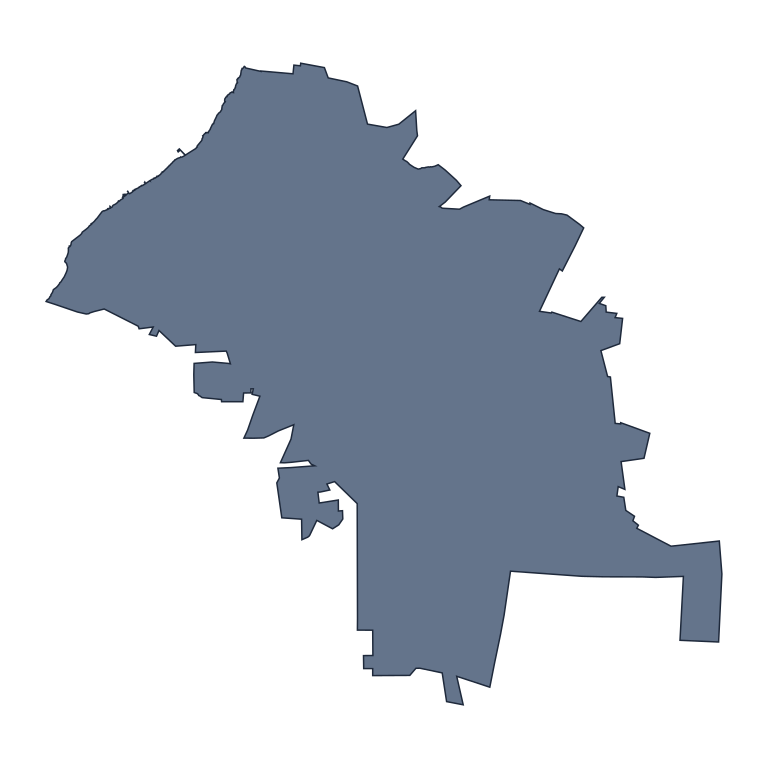 Campeche, Campeche, Mexico
{"feature_id": "50627088B29480766363328", "entity_name": "Campeche", "entity_type": "district", "adm_level": 2, "iso_a3": "MEX", "parent_name": "Mexico", "parent_adm1": "Campeche", "projection": "mercator", "projection_center": [-90.58, 19.715], "detail": "fine", "context": "isolated", "style": "filled", "palette": "slate", "viewbox_px": 768, "rotation_deg": 0, "n_neighbors": 0, "source": "geoboundaries", "source_scale": "gbopen_adm2", "svg_char_len": 5990}
<svg xmlns="http://www.w3.org/2000/svg" viewBox="0 0 768 768"><path d="M555.6,213.5L543.3,209.6L530.0,203.0L530.0,204.4L520.5,200.5L489.2,199.8L489.7,196.1L463.4,207.1L459.5,209.2L442.2,208.2L440.7,207.0L439.3,206.6L445.2,202.1L461.0,185.7L456.4,180.3L445.1,170.0L438.2,164.7L434.9,166.2L431.8,166.9L430.2,166.8L429.7,167.1L428.4,166.9L425.2,167.5L425.0,167.8L421.8,167.8L420.6,168.6L418.2,169.1L414.0,167.3L409.3,164.2L408.8,163.4L406.6,161.4L405.6,161.0L402.8,159.1L417.5,135.8L416.8,130.5L415.6,110.7L398.8,124.2L386.9,127.5L367.5,124.1L357.6,86.0L346.8,81.8L328.2,77.9L324.4,67.6L300.7,63.2L300.4,65.8L293.9,65.1L293.0,73.8L260.8,71.0L260.9,71.4L245.8,68.0L244.8,66.6L244.3,66.4L242.9,68.3L242.3,68.7L242.0,68.6L241.8,69.8L241.3,70.2L240.6,75.1L240.1,75.8L239.8,76.9L238.1,78.2L238.1,78.6L237.7,78.6L236.9,79.8L237.2,81.4L237.0,82.3L237.5,82.8L236.3,84.0L235.5,86.2L235.5,87.3L235.1,87.7L234.9,88.7L233.8,89.7L233.8,90.6L233.5,90.9L233.3,91.5L233.5,92.6L232.8,92.5L232.4,92.0L231.7,92.0L231.3,92.5L230.4,92.7L230.0,93.0L229.6,93.9L228.2,94.6L228.1,94.9L227.4,95.4L226.9,96.1L227.1,96.6L225.8,97.2L225.3,98.3L225.0,98.5L224.6,100.2L224.8,101.3L225.3,101.7L225.1,102.0L224.5,102.2L224.3,102.8L223.5,103.7L223.0,104.9L222.3,105.5L221.8,108.5L221.9,109.0L221.6,109.8L220.2,112.0L218.6,113.2L217.7,114.5L217.0,115.2L216.4,116.8L214.4,120.9L213.7,123.5L213.2,123.5L212.8,124.3L212.4,124.4L210.3,128.8L210.3,129.3L209.1,130.8L208.2,132.7L207.7,132.4L206.9,132.8L206.3,132.5L205.7,132.6L205.6,133.2L205.2,133.3L204.0,134.4L203.4,135.3L202.7,135.8L203.0,136.4L202.7,137.9L202.2,138.4L201.8,140.4L197.3,145.8L197.0,146.7L197.2,147.0L196.6,147.4L195.8,148.5L185.3,155.1L179.3,148.9L177.4,150.7L177.1,151.1L179.0,149.2L179.7,150.0L178.1,151.6L177.5,151.2L178.2,151.9L180.3,150.0L185.2,155.3L183.1,156.5L182.0,157.0L181.1,157.2L180.8,157.0L180.7,157.3L177.5,158.4L175.1,159.9L174.8,159.9L174.5,160.5L172.8,162.0L172.0,163.1L171.3,163.6L169.8,165.3L169.2,165.5L168.9,166.2L168.0,167.1L167.5,167.3L167.2,167.9L166.2,168.9L165.5,169.3L165.0,170.0L164.3,170.8L163.7,171.1L163.4,171.7L162.8,172.0L162.1,171.8L161.9,172.0L162.1,171.9L162.6,172.0L162.5,172.4L161.3,173.1L160.8,174.1L158.7,175.8L158.6,175.7L157.4,176.5L157.0,176.2L156.9,176.3L157.3,176.6L156.6,176.8L156.6,177.1L155.6,177.8L154.9,178.1L154.8,177.9L154.5,178.1L154.6,178.3L153.5,178.7L153.4,178.6L153.2,179.1L152.0,179.4L149.8,180.7L149.6,180.5L149.8,180.9L149.6,180.8L145.9,183.4L145.5,183.3L144.8,182.1L144.7,182.3L144.9,182.3L145.4,183.4L145.0,183.4L145.1,183.9L142.8,185.4L142.4,185.5L142.0,185.3L141.2,185.8L141.3,186.0L140.0,186.6L139.0,187.2L139.1,187.4L138.9,187.5L137.7,188.2L136.5,188.8L136.3,188.7L135.9,188.9L135.1,189.9L134.7,190.1L134.5,189.9L134.4,190.4L133.4,190.6L132.7,190.0L133.2,190.7L132.9,191.0L133.1,191.2L132.2,192.1L129.9,193.6L129.4,193.7L129.1,193.5L127.7,191.2L127.2,190.9L128.7,193.0L127.0,194.0L125.8,195.0L125.2,194.2L123.2,194.5L123.3,194.8L125.2,194.3L125.8,195.3L124.5,196.2L123.9,195.3L123.1,195.8L122.8,196.2L123.3,197.2L122.5,197.7L123.0,198.5L121.7,199.2L121.4,199.1L121.5,199.2L121.1,199.6L120.4,200.1L119.4,201.1L118.6,201.5L118.3,201.0L118.0,201.2L118.3,201.1L118.4,201.6L118.0,201.8L117.5,202.5L115.5,204.1L113.2,205.2L112.5,206.0L112.4,206.7L111.5,207.4L110.5,207.8L110.3,206.6L110.1,206.4L109.7,206.6L110.1,206.5L110.3,206.7L110.3,208.2L110.1,208.2L110.1,206.8L110.0,206.7L110.0,208.1L108.5,208.9L108.1,208.5L107.9,208.6L108.3,209.0L108.2,209.2L104.2,210.9L103.6,210.8L102.9,211.1L102.7,210.7L102.7,211.2L102.1,211.6L100.7,213.4L97.1,218.2L95.8,219.5L94.3,221.4L92.5,223.0L92.0,223.2L91.7,224.0L91.1,223.9L91.1,224.1L91.3,223.9L91.5,224.2L91.1,224.6L89.3,225.9L88.3,227.4L86.3,229.1L82.2,232.2L81.7,233.5L80.4,234.9L71.8,241.5L71.3,242.4L71.0,244.5L70.4,246.0L69.9,246.4L69.4,246.0L69.0,246.2L68.8,246.4L69.4,246.2L69.7,246.3L69.7,246.7L69.2,247.0L68.3,248.1L68.4,249.8L68.3,252.2L68.0,253.4L66.7,257.1L65.6,258.6L65.4,259.9L64.9,260.8L64.8,261.7L66.5,263.4L67.5,266.7L67.6,267.2L67.1,270.2L66.2,272.6L64.2,276.9L62.0,280.1L61.8,280.5L61.0,281.8L59.7,282.9L59.5,283.7L57.5,286.3L56.2,287.6L53.4,289.6L52.5,292.3L50.9,294.8L50.9,295.8L50.0,296.6L49.0,298.6L47.0,300.0L46.1,301.5L55.1,304.4L77.4,312.0L86.2,314.0L88.8,313.7L89.9,312.9L94.3,311.5L104.2,309.0L138.2,326.2L139.1,328.8L153.2,327.0L149.3,334.5L156.5,336.2L159.0,330.5L175.6,346.2L195.8,344.6L195.4,352.5L226.2,351.1L227.1,352.9L230.4,363.8L228.3,363.4L212.4,362.0L194.1,363.4L193.8,374.6L194.2,392.5L197.6,393.7L197.9,394.3L198.4,394.7L198.7,395.5L199.9,396.0L202.1,397.6L221.4,399.5L221.6,401.7L242.9,401.7L243.6,393.0L250.9,392.9L250.9,388.8L253.3,388.8L252.1,394.3L259.9,396.2L252.7,415.4L247.6,430.1L243.9,438.1L253.6,438.2L263.9,437.9L268.6,435.9L278.4,430.9L293.8,424.7L291.0,439.1L280.4,462.7L284.5,462.8L291.3,462.3L308.4,460.4L311.1,464.1L314.7,465.8L290.7,467.6L277.9,468.2L279.4,478.0L276.8,482.9L281.8,517.8L301.6,519.2L301.9,539.7L307.7,537.2L309.2,536.0L309.8,535.1L316.8,520.4L332.6,528.8L338.8,524.8L342.8,519.0L342.5,510.7L338.4,511.0L338.3,500.0L319.2,503.0L317.9,492.2L320.4,492.0L329.8,490.0L326.9,484.0L334.6,481.6L357.2,503.6L357.5,618.5L357.4,630.1L372.7,630.2L372.9,655.5L363.5,655.6L363.7,668.6L372.7,668.6L372.7,675.6L409.8,675.4L415.9,668.3L419.8,668.2L442.2,672.9L446.6,701.6L463.2,704.8L456.7,676.3L489.8,687.2L494.5,663.4L500.5,634.5L504.1,615.1L510.5,571.2L582.0,576.3L603.6,576.8L641.8,576.9L655.6,577.4L683.4,576.4L680.0,640.3L718.6,642.0L721.9,574.0L719.3,541.0L671.0,546.2L636.8,528.3L638.4,525.2L632.9,520.8L634.5,516.3L625.8,510.4L623.8,497.3L616.9,496.0L618.2,486.6L624.9,489.4L621.1,461.6L644.0,458.3L649.8,433.3L620.7,422.7L620.7,423.9L615.2,423.4L610.4,377.0L607.6,376.5L600.9,350.6L619.7,343.7L622.6,318.4L615.1,317.6L616.8,313.4L606.2,312.1L605.8,305.7L599.3,303.4L604.3,297.3L601.8,297.3L580.9,321.5L551.8,312.1L551.2,313.0L539.5,311.3L559.4,268.9L562.3,271.0L575.0,246.1L583.7,227.9L579.6,224.4L567.0,215.1L561.5,213.8L555.6,213.5Z" fill="#64748b" stroke="#1e293b" stroke-width="1.5"/></svg>